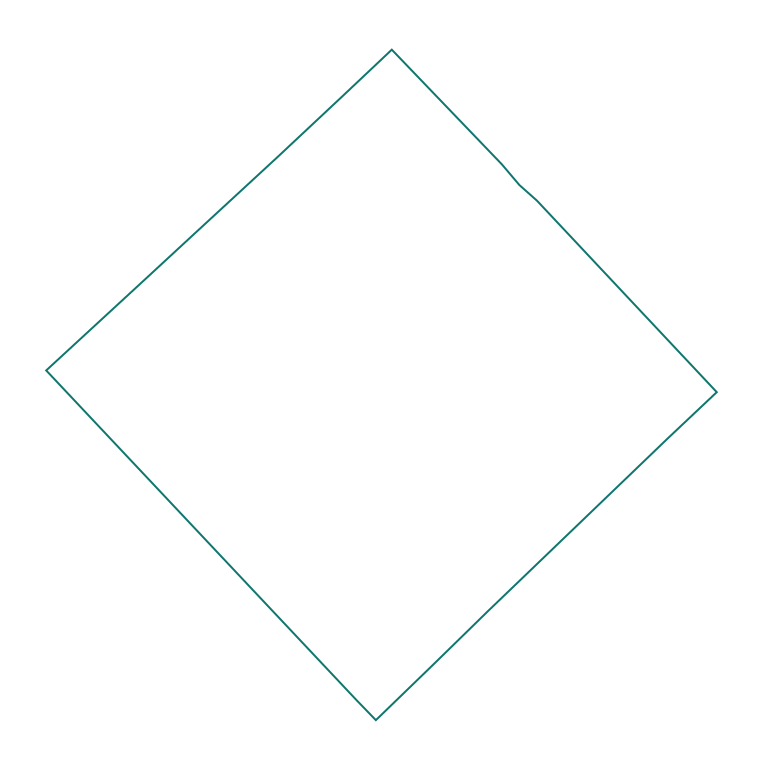 Marshall, Indiana, United States of America, rotated 47°
{"feature_id": "52423323B84214728931657", "entity_name": "Marshall", "entity_type": "district", "adm_level": 2, "iso_a3": "USA", "parent_name": "United States of America", "parent_adm1": "Indiana", "projection": "orthographic", "projection_center": [-86.259, 41.325], "detail": "fine", "context": "isolated", "style": "outline", "palette": "teal", "viewbox_px": 768, "rotation_deg": 47, "n_neighbors": 0, "source": "geoboundaries", "source_scale": "gbopen_adm2", "svg_char_len": 357}
<svg xmlns="http://www.w3.org/2000/svg" viewBox="0 0 768 768"><g transform="rotate(47 384 384)"><path d="M617.3,213.2L616.9,146.2L354.3,147.1L330.8,149.3L303.8,148.0L144.8,150.3L145.2,217.6L145.4,307.4L144.8,419.7L144.5,487.1L143.7,621.8L596.9,619.7L624.3,619.2L622.8,539.2L621.0,462.8L617.3,213.2Z" fill="none" stroke="#0f766e" stroke-width="2"/></g></svg>